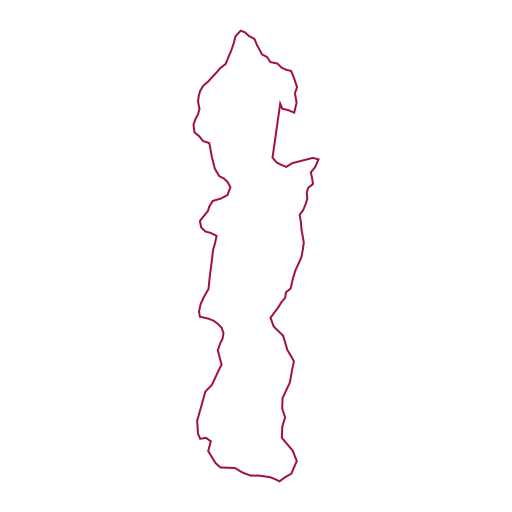 the district of São José de Princesa, Paraíba, Brazil
{"feature_id": "56859067B76950008134972", "entity_name": "São José de Princesa", "entity_type": "district", "adm_level": 2, "iso_a3": "BRA", "parent_name": "Brazil", "parent_adm1": "Paraíba", "projection": "robinson", "projection_center": [-38.097, -7.7], "detail": "fine", "context": "isolated", "style": "outline", "palette": "rose", "viewbox_px": 512, "rotation_deg": 0, "n_neighbors": 0, "source": "geoboundaries", "source_scale": "gbopen_adm2", "svg_char_len": 1887}
<svg xmlns="http://www.w3.org/2000/svg" viewBox="0 0 512 512"><path d="M235.6,36.1L233.6,43.7L231.1,50.9L228.5,56.9L225.7,63.9L220.2,68.2L216.4,72.6L212.0,77.3L208.2,81.5L203.2,85.8L200.2,90.8L198.8,95.6L198.0,101.5L199.5,108.9L198.0,114.4L195.6,118.8L193.5,124.5L194.5,132.4L199.1,136.1L203.0,141.0L209.3,143.1L210.4,148.6L211.7,156.4L214.9,168.8L219.2,176.1L224.0,178.6L227.5,181.9L230.4,187.2L227.5,195.0L220.8,198.6L212.8,200.9L209.4,206.4L207.9,211.0L203.5,216.4L199.9,221.0L201.2,227.5L205.4,231.5L210.6,232.9L216.6,235.9L214.9,243.7L213.1,249.9L211.6,262.6L210.4,271.3L209.5,279.2L208.5,288.9L203.7,297.3L200.6,304.2L199.0,311.5L199.9,316.7L208.2,318.6L213.8,320.8L217.6,323.7L221.6,327.7L223.5,333.2L222.5,338.9L220.2,343.4L217.8,350.2L219.9,358.4L221.6,364.6L218.0,371.7L214.7,378.9L211.7,385.1L205.4,391.5L197.1,421.0L197.6,426.9L197.9,433.5L200.2,438.8L205.9,437.8L210.8,441.3L208.2,451.1L215.5,463.0L220.4,467.5L234.9,468.0L242.6,472.6L250.6,475.6L259.0,475.6L270.2,477.2L274.5,478.9L279.6,481.3L285.1,477.2L291.3,473.7L296.8,461.0L292.7,450.7L281.8,437.8L282.3,426.4L285.1,417.5L282.2,408.6L282.5,398.3L289.9,382.4L292.3,368.8L293.9,361.3L291.1,356.2L287.3,349.9L285.4,343.4L283.1,335.6L277.3,330.1L273.7,326.5L270.5,317.8L274.9,311.8L278.3,307.3L281.1,302.7L285.1,297.8L286.0,292.3L290.6,288.5L293.0,278.2L295.4,270.4L301.4,257.3L302.8,249.7L303.8,242.4L301.5,229.4L300.9,222.3L299.7,214.7L303.0,210.4L305.6,204.2L307.3,198.6L306.8,192.4L308.2,187.8L313.0,184.0L312.0,177.7L310.8,172.4L315.2,167.0L318.5,159.3L312.8,157.9L292.1,163.2L286.3,166.9L281.1,164.8L276.8,162.6L272.5,157.7L280.2,103.7L282.3,108.8L287.5,109.9L294.2,112.6L296.6,102.7L294.9,93.2L297.1,87.2L294.0,78.0L291.2,71.0L285.9,69.7L281.4,67.5L277.3,63.5L270.4,62.1L266.9,56.9L262.1,54.5L257.1,45.3L254.5,39.0L248.8,35.9L244.9,32.3L240.7,30.7L235.6,36.1Z" fill="none" stroke="#9f1239" stroke-width="2"/></svg>